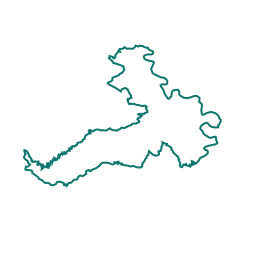 the district of Telle, Quthing, Lesotho, rotated 112°
{"feature_id": "5366337B55047013089331", "entity_name": "Telle", "entity_type": "district", "adm_level": 2, "iso_a3": "LSO", "parent_name": "Lesotho", "parent_adm1": "Quthing", "projection": "equal_earth", "projection_center": [28.078, -30.25], "detail": "fine", "context": "isolated", "style": "outline", "palette": "teal", "viewbox_px": 256, "rotation_deg": 112, "n_neighbors": 0, "source": "geoboundaries", "source_scale": "gbopen_adm2", "svg_char_len": 5899}
<svg xmlns="http://www.w3.org/2000/svg" viewBox="0 0 256 256"><g transform="rotate(112 128 128)"><path d="M186.7,216.4L189.8,214.3L190.1,213.3L193.5,213.6L194.7,213.1L195.8,210.6L196.1,208.7L197.8,207.5L198.5,205.1L201.0,206.1L202.2,208.2L204.9,207.7L205.1,207.4L203.5,201.4L203.9,200.7L205.6,199.8L207.3,192.8L208.5,191.6L208.6,187.9L209.8,185.3L209.9,184.3L209.0,182.0L208.8,180.3L209.9,178.0L209.4,176.6L208.0,174.7L206.6,173.7L204.8,173.6L203.5,171.6L203.0,167.6L203.3,166.8L204.2,166.5L204.9,165.8L204.8,165.3L203.7,165.2L203.5,164.7L204.7,163.1L201.2,162.4L199.9,160.1L196.4,158.8L194.6,155.8L191.8,155.8L190.1,154.8L189.8,154.2L189.9,152.9L189.5,151.9L186.2,149.5L184.5,150.6L182.8,150.0L181.6,148.6L182.3,147.0L181.9,146.3L180.1,145.7L178.7,144.0L176.6,142.0L174.8,141.2L174.3,140.4L173.2,140.3L169.8,138.8L167.8,133.9L167.5,128.3L166.4,127.3L165.8,127.4L165.4,126.9L165.0,127.3L165.0,125.1L164.2,126.1L162.8,124.2L164.0,123.4L163.7,121.2L163.2,120.3L163.6,119.7L164.2,120.1L164.0,117.7L162.9,114.1L162.8,111.2L161.3,109.3L161.0,104.3L160.4,102.6L159.7,101.8L159.6,101.1L158.3,100.4L156.7,101.2L156.0,100.9L155.0,101.4L152.9,100.4L150.5,100.4L148.6,99.6L147.0,100.1L145.4,99.1L141.6,99.8L143.3,95.4L143.4,92.5L142.8,90.9L141.0,89.4L139.8,89.7L138.6,91.1L138.1,90.9L137.2,89.2L136.2,89.6L134.7,89.2L132.8,90.0L130.7,89.6L129.8,90.1L128.9,89.8L128.4,90.3L128.6,87.9L128.2,86.0L129.5,85.9L129.3,84.8L129.9,80.7L130.4,80.1L131.2,80.2L131.6,79.8L132.1,79.1L132.3,78.0L133.8,76.9L135.0,73.3L135.7,72.5L135.6,71.7L136.7,70.1L137.6,69.7L138.0,68.8L138.8,68.9L139.3,68.6L139.7,67.8L141.7,66.0L142.5,66.2L143.6,65.7L144.4,63.8L143.7,63.1L141.3,63.0L141.1,61.9L139.5,60.8L139.6,60.5L140.8,60.3L140.3,56.5L140.6,55.8L140.1,55.6L139.2,56.9L138.6,56.8L138.2,55.0L137.2,55.3L137.5,53.8L137.1,53.5L136.6,55.4L134.8,56.4L134.8,54.9L135.7,51.8L131.5,50.1L129.4,50.0L128.1,49.3L125.2,46.5L122.0,44.6L121.1,44.7L119.3,45.7L119.1,46.7L119.2,48.8L118.2,49.9L117.3,49.7L116.1,48.8L114.0,46.2L110.5,41.0L108.8,39.6L108.1,39.7L105.9,41.9L103.6,43.0L103.4,43.8L103.8,44.5L106.2,47.8L106.5,48.9L105.4,54.8L104.6,56.3L102.8,58.1L102.4,59.3L101.3,60.9L99.4,61.1L96.7,60.0L93.7,57.3L93.7,55.8L95.2,53.1L95.6,50.4L94.8,47.3L93.6,44.7L91.8,45.4L91.6,44.9L87.4,44.6L85.7,45.0L84.7,47.1L83.3,48.2L82.3,49.6L81.6,52.3L81.6,54.0L82.0,57.0L82.4,57.7L84.7,60.7L87.0,62.5L87.7,63.4L87.7,64.1L87.5,64.6L84.2,66.6L78.9,68.0L78.0,68.8L77.2,71.7L73.3,72.9L72.5,76.0L73.2,78.2L77.1,82.6L78.6,85.8L79.1,87.8L78.3,92.1L77.6,93.0L74.6,94.5L74.0,95.5L73.9,96.2L75.1,98.7L76.4,100.2L77.4,100.7L78.1,100.8L82.5,99.7L85.6,101.0L85.8,101.8L84.9,103.5L82.0,107.3L79.4,109.4L77.2,113.0L76.1,113.9L74.7,112.8L73.5,109.4L72.9,108.5L70.7,108.7L69.2,109.6L68.1,111.8L68.1,114.3L68.7,116.6L68.3,123.8L67.9,125.6L64.7,128.7L57.6,128.4L57.1,129.3L57.1,130.8L57.8,133.7L58.0,136.4L57.7,138.5L56.3,140.0L54.7,139.9L53.9,139.2L52.4,137.4L51.1,134.0L50.3,133.1L48.7,132.8L47.6,133.6L47.6,137.3L47.3,138.2L46.1,139.9L46.7,140.8L46.8,144.2L46.4,145.0L47.2,146.7L47.2,148.1L48.6,148.9L48.8,151.8L50.1,151.8L51.8,152.5L53.0,153.7L54.1,157.2L55.0,159.0L54.3,161.5L56.4,162.4L57.9,165.4L58.9,165.4L60.3,164.0L60.5,165.8L61.6,165.8L65.4,167.0L67.3,166.2L68.9,167.2L68.8,167.7L67.8,168.5L68.2,172.1L69.0,171.7L70.3,172.0L71.6,168.2L73.4,165.6L72.8,164.1L72.5,156.3L72.7,155.2L73.2,155.3L75.3,153.2L79.3,154.2L80.6,155.8L82.0,156.0L84.0,157.7L86.0,160.1L87.5,161.2L89.8,160.5L91.9,161.9L93.2,163.4L94.1,163.5L94.9,161.3L95.4,155.0L96.7,148.3L94.6,148.3L92.8,146.6L91.9,145.4L92.3,142.9L92.8,142.7L93.5,141.4L94.3,140.9L96.2,138.5L96.2,137.9L98.4,136.4L99.0,136.1L99.9,137.6L101.3,138.1L101.2,139.1L101.8,139.1L104.2,137.2L105.4,135.7L104.4,134.4L104.1,132.7L103.4,131.7L103.3,128.4L102.6,125.8L102.6,124.3L101.9,122.2L101.1,121.3L100.9,119.8L101.2,118.7L102.7,119.1L105.1,116.2L106.1,116.0L107.5,117.8L108.6,118.1L109.1,118.9L109.1,119.7L110.5,121.4L110.5,122.8L111.5,123.7L111.8,123.2L111.1,121.9L111.6,121.2L111.7,119.9L112.6,120.7L113.7,120.4L114.6,122.1L116.3,122.6L117.5,120.0L118.6,119.9L119.8,121.5L120.7,121.9L122.1,125.0L122.7,125.8L124.3,126.1L125.8,128.4L126.9,128.8L127.5,129.9L128.9,130.6L129.4,131.5L130.2,134.3L132.0,134.9L132.9,135.8L133.1,136.5L134.4,137.1L134.8,137.9L135.7,142.1L135.6,143.5L135.0,144.7L138.3,147.1L139.3,149.4L139.3,150.4L140.5,152.0L140.2,153.6L141.2,156.7L142.7,158.4L143.7,158.7L144.4,159.6L144.6,160.7L144.0,161.4L144.4,163.0L145.6,163.2L145.9,162.2L145.8,161.4L146.8,160.7L147.5,161.1L147.7,162.6L148.8,162.8L150.6,164.5L154.1,164.5L154.6,164.2L155.8,165.5L157.6,165.3L158.6,166.7L159.5,167.0L159.6,167.7L160.9,169.3L162.2,169.0L162.9,169.5L163.0,169.1L163.5,169.3L163.9,170.2L165.3,170.8L165.1,171.4L165.6,172.5L166.9,173.5L167.2,173.5L167.2,172.6L168.2,172.4L168.9,172.8L169.1,173.2L168.5,173.3L168.3,173.7L168.8,174.8L169.7,174.9L171.1,173.7L171.9,175.5L173.9,176.1L174.6,175.7L174.7,176.2L174.2,177.1L174.2,178.0L175.3,177.7L175.7,176.9L176.0,177.0L176.3,178.7L175.6,179.9L176.2,179.9L176.8,178.8L177.3,178.8L177.1,179.7L177.6,180.9L179.5,180.8L178.4,181.5L178.5,182.1L179.3,181.7L180.0,182.3L181.3,181.8L181.5,180.9L182.7,181.9L183.9,181.8L184.9,183.2L183.9,182.8L183.5,183.0L183.3,185.0L184.9,183.9L184.8,185.2L185.2,186.0L188.5,185.3L187.7,186.2L187.8,187.3L190.2,186.6L190.6,189.0L191.0,189.6L191.6,189.8L192.4,189.3L192.2,186.7L193.8,188.1L194.1,188.0L194.1,186.8L194.6,186.7L195.0,189.2L194.2,189.7L194.9,190.4L194.9,191.7L195.4,193.0L196.0,192.8L196.6,191.6L198.4,192.6L197.1,192.9L196.4,193.7L195.0,193.6L194.8,192.8L194.1,192.9L193.9,193.3L194.3,194.6L194.9,195.1L194.2,196.0L195.1,196.5L195.3,197.4L195.8,197.4L196.2,198.0L195.5,198.5L194.0,197.7L192.6,198.4L193.5,199.8L193.6,201.3L194.8,202.8L195.2,204.1L194.0,204.5L194.3,205.4L192.8,206.1L191.4,208.2L191.5,209.0L189.8,210.0L189.4,210.9L188.7,211.0L188.0,211.9L187.4,213.1L187.5,215.4L186.7,216.4Z" fill="none" stroke="#0f766e" stroke-width="2"/></g></svg>